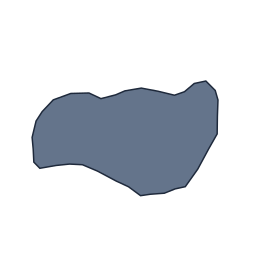 Orust, Västra Götaland, Sweden, rotated 33°
{"feature_id": "70781695B44388212160911", "entity_name": "Orust", "entity_type": "district", "adm_level": 2, "iso_a3": "SWE", "parent_name": "Sweden", "parent_adm1": "Västra Götaland", "projection": "orthographic", "projection_center": [11.637, 58.169], "detail": "fine", "context": "isolated", "style": "filled", "palette": "slate", "viewbox_px": 256, "rotation_deg": 33, "n_neighbors": 0, "source": "geoboundaries", "source_scale": "gbopen_adm2", "svg_char_len": 577}
<svg xmlns="http://www.w3.org/2000/svg" viewBox="0 0 256 256"><g transform="rotate(33 128 128)"><path d="M167.7,46.2L159.3,54.6L155.6,66.8L149.1,75.2L133.2,80.8L117.4,87.3L105.2,98.5L99.6,106.9L89.3,118.1L76.2,119.9L61.2,130.2L50.0,145.1L47.1,161.0L47.1,172.2L52.7,188.1L60.1,197.5L67.6,207.9L76.0,209.8L88.2,198.5L98.6,190.1L109.8,183.6L125.7,180.8L147.3,178.9L160.4,177.0L175.4,177.9L182.8,171.4L194.0,162.9L200.6,153.5L208.0,146.0L208.9,124.5L207.0,101.2L206.0,84.4L196.6,69.5L188.2,55.5L180.7,49.0L167.7,46.2Z" fill="#64748b" stroke="#1e293b" stroke-width="1.5"/></g></svg>